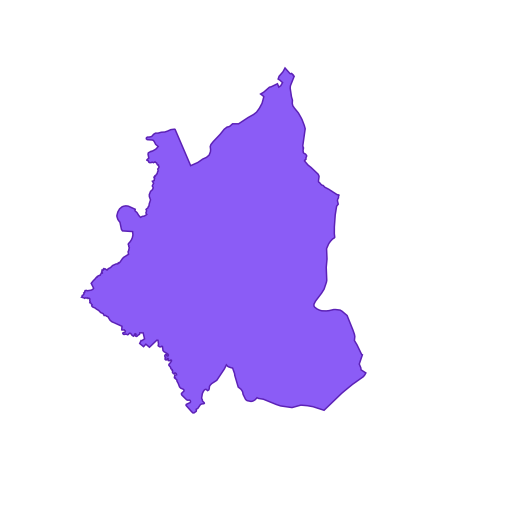 Chum Saeng, Nakhon Sawan, Thailand, rotated 313°
{"feature_id": "78962969B30138061095359", "entity_name": "Chum Saeng", "entity_type": "district", "adm_level": 2, "iso_a3": "THA", "parent_name": "Thailand", "parent_adm1": "Nakhon Sawan", "projection": "orthographic", "projection_center": [100.257, 15.84], "detail": "fine", "context": "isolated", "style": "filled", "palette": "violet", "viewbox_px": 512, "rotation_deg": 313, "n_neighbors": 0, "source": "geoboundaries", "source_scale": "gbopen_adm2", "svg_char_len": 6158}
<svg xmlns="http://www.w3.org/2000/svg" viewBox="0 0 512 512"><g transform="rotate(313 256 256)"><path d="M251.6,110.9L252.1,112.3L251.5,113.7L251.7,114.5L252.7,115.6L253.8,116.0L254.3,117.4L256.0,117.9L255.8,118.4L256.3,119.8L255.5,121.4L255.5,122.1L256.0,122.5L255.4,123.3L255.1,124.3L254.1,124.7L252.6,124.8L251.5,126.4L250.2,126.7L248.8,127.6L248.1,127.4L247.6,127.7L245.9,127.4L245.7,127.8L245.3,127.5L244.5,127.9L244.0,127.6L243.7,128.2L243.8,128.8L243.1,129.0L241.8,130.1L240.0,129.2L239.4,131.5L236.6,132.3L236.3,132.7L236.1,133.8L235.6,134.4L234.0,135.0L231.3,134.8L228.1,136.1L226.7,137.5L225.1,140.6L221.4,142.3L219.6,143.6L218.9,143.5L217.5,144.1L215.1,143.8L214.4,145.2L212.4,146.1L211.9,147.8L209.0,147.1L207.4,145.8L205.5,145.2L205.7,142.6L206.6,139.3L206.5,136.9L206.8,136.4L207.8,135.8L205.7,129.5L205.2,128.3L203.8,126.5L202.2,125.3L200.7,124.5L197.4,124.1L194.0,124.9L190.8,126.6L190.0,127.4L188.7,129.7L188.2,131.3L187.9,133.5L183.7,139.4L183.3,141.2L189.7,149.1L187.5,151.6L185.0,153.1L183.0,153.8L180.8,154.2L177.9,154.3L177.2,154.8L176.8,156.0L176.0,156.6L175.7,157.7L174.2,158.4L173.5,159.0L171.9,159.5L170.3,161.6L164.7,160.1L163.0,160.1L158.9,160.7L157.4,160.6L157.2,159.9L156.0,160.3L154.8,159.1L151.2,157.6L148.3,157.5L146.0,156.6L144.3,156.7L144.0,156.4L143.7,154.4L143.2,154.2L143.1,153.3L142.6,153.2L141.5,153.8L140.8,152.9L140.5,153.0L140.0,153.8L138.9,154.0L139.0,155.0L138.7,155.3L137.9,154.7L136.5,154.8L135.8,155.2L134.2,154.3L132.9,153.9L132.3,154.2L131.9,153.8L128.3,154.0L127.6,153.8L123.6,154.1L121.7,159.2L120.8,159.4L118.8,158.9L115.5,156.3L115.2,155.4L114.2,154.6L113.4,154.8L113.0,155.4L111.5,155.2L111.2,155.9L110.8,156.1L109.7,156.2L108.6,155.8L108.2,156.4L106.9,156.5L108.1,159.0L108.1,159.5L109.1,159.8L109.5,160.6L110.4,161.2L110.3,162.2L111.1,162.4L111.4,163.2L111.2,163.9L109.7,165.1L109.5,165.9L108.5,166.3L108.9,167.3L108.6,168.1L108.6,169.3L107.5,169.8L107.3,171.2L108.3,174.1L108.3,175.2L108.9,178.2L108.7,180.9L109.6,183.5L108.9,185.5L110.0,186.6L110.0,187.7L110.6,189.1L109.5,193.0L109.6,195.4L113.2,205.9L110.4,208.2L111.2,209.3L112.1,209.9L112.0,211.7L110.7,212.2L109.5,211.2L108.9,211.1L108.5,211.4L108.3,212.5L108.8,213.2L110.2,214.2L110.9,215.9L111.7,216.2L112.7,216.0L113.6,216.4L113.9,217.3L113.5,218.9L113.7,221.0L114.6,221.1L116.3,220.5L117.0,220.9L117.0,221.7L115.3,222.3L115.5,223.3L116.1,223.7L117.8,223.8L119.3,224.2L120.6,223.4L122.8,225.9L119.4,231.0L116.1,230.2L115.8,229.6L112.7,230.6L113.0,235.6L116.4,235.6L116.6,240.3L126.9,240.9L127.5,241.8L125.1,244.8L124.0,245.3L123.6,245.8L123.9,247.6L124.6,248.3L125.8,248.7L126.0,249.3L123.4,252.5L123.3,254.1L124.2,258.1L123.9,259.4L123.2,259.9L122.5,259.6L122.2,258.8L122.7,258.1L122.8,257.6L122.5,257.2L121.8,257.0L120.8,257.3L120.0,258.4L120.1,259.1L118.7,259.6L118.4,260.1L118.5,261.0L119.0,261.4L120.6,261.1L121.1,261.4L121.0,262.1L119.9,262.5L119.7,263.3L120.4,264.1L121.9,264.7L122.1,265.3L121.6,265.8L119.1,266.2L117.4,266.2L116.6,266.9L116.4,269.2L115.5,270.7L115.7,272.1L115.2,272.4L115.4,272.9L115.2,273.3L113.9,274.3L113.6,275.9L114.1,276.6L115.3,276.4L115.6,277.8L115.0,278.9L113.3,278.0L111.6,279.1L111.8,279.6L111.3,279.7L111.3,280.1L111.4,282.5L110.5,283.7L109.8,285.9L108.1,289.4L108.0,291.2L108.9,293.5L108.9,294.6L108.2,295.4L104.7,295.2L104.1,295.7L103.7,296.6L103.5,303.3L104.0,304.5L105.4,305.7L105.4,306.6L104.7,307.6L103.9,307.8L100.0,306.2L99.4,306.4L99.0,306.8L98.2,315.1L98.2,316.9L99.0,317.7L101.6,318.2L102.1,318.0L103.1,316.8L104.8,317.4L109.4,316.7L110.8,317.2L112.4,318.6L113.0,318.7L113.4,318.1L113.4,315.9L114.3,314.7L114.9,313.2L118.8,310.6L121.3,309.8L123.0,309.6L124.0,310.0L124.5,310.6L124.5,312.4L125.8,312.8L126.9,312.4L128.9,310.9L130.3,310.6L132.4,310.6L138.3,312.1L151.8,309.9L156.2,308.6L156.0,310.5L156.2,311.5L157.3,314.0L158.1,315.3L155.4,320.5L154.2,321.9L148.0,332.4L148.3,335.7L148.0,337.4L147.5,338.9L146.0,340.9L144.1,345.9L144.0,347.1L144.2,348.2L146.2,351.5L147.2,352.3L148.4,352.9L150.3,353.4L153.1,353.4L153.5,354.9L156.3,359.1L161.2,372.0L163.1,376.2L169.7,385.7L177.5,390.5L181.6,395.7L184.7,400.5L189.6,411.0L213.9,412.3L218.2,412.8L227.9,414.1L240.9,416.8L242.9,416.7L245.4,416.1L244.4,410.5L245.7,408.9L247.4,405.2L256.3,401.2L256.1,400.2L259.9,390.5L261.3,385.6L264.5,383.2L265.9,381.3L268.0,377.3L274.6,363.2L274.3,356.7L273.8,354.4L271.1,350.7L269.9,349.4L265.9,346.7L263.7,344.8L260.8,341.5L259.8,339.6L258.9,336.8L258.6,333.7L259.0,332.4L260.4,331.2L263.7,330.3L273.5,329.3L278.2,328.4L285.0,325.3L286.5,324.3L295.6,315.1L302.2,310.0L309.5,302.6L314.6,300.8L317.6,300.4L320.7,300.4L322.3,300.9L323.4,300.8L325.7,298.1L330.8,293.4L340.1,285.9L347.4,281.0L350.0,280.8L352.0,277.8L353.5,276.9L354.7,276.7L356.3,275.4L357.1,275.2L357.1,274.8L356.2,273.5L355.8,271.3L354.4,263.6L353.2,259.3L353.4,257.1L352.8,255.9L352.7,254.7L353.0,252.2L352.8,251.5L353.2,250.7L356.9,248.1L357.4,247.6L358.2,245.7L358.3,236.0L358.0,232.1L358.6,226.7L359.1,226.7L359.3,226.3L360.8,226.6L362.1,225.4L363.3,225.1L364.0,224.5L364.3,222.7L363.8,220.9L363.9,220.1L365.5,218.2L366.8,217.5L367.0,216.8L367.5,216.9L368.3,215.2L382.6,205.2L384.4,202.3L387.1,196.8L388.0,194.3L389.5,189.5L390.4,183.0L391.0,180.4L392.3,178.5L394.8,176.4L396.6,173.4L402.0,166.6L403.9,165.1L413.4,161.4L413.3,160.3L413.7,160.3L413.8,159.9L413.8,157.5L413.1,157.3L412.6,156.3L413.3,149.0L409.1,150.1L403.2,150.3L400.5,151.5L400.9,153.6L400.9,157.2L397.3,158.0L395.1,157.5L396.6,154.2L390.1,151.7L388.6,150.7L381.1,149.9L377.6,148.9L377.9,151.9L377.8,153.1L371.8,156.3L366.4,157.7L361.6,158.3L357.8,157.7L351.9,155.8L340.8,153.1L336.7,148.7L333.2,148.4L331.9,147.9L330.6,146.9L327.0,146.3L320.5,146.8L310.6,146.7L306.8,147.0L304.8,147.9L302.9,150.2L301.1,151.6L297.8,152.9L294.3,152.5L290.5,150.9L284.8,149.7L277.5,146.6L293.4,110.5L293.2,109.9L290.3,107.5L287.2,106.2L284.4,104.7L281.9,102.3L279.1,100.6L277.3,98.7L275.2,98.1L272.3,98.2L270.4,97.0L268.9,95.5L267.9,95.2L266.9,95.8L266.9,97.1L270.0,100.9L270.5,102.0L270.3,103.5L269.2,106.5L269.4,109.8L266.4,109.9L264.9,109.6L261.3,108.4L261.2,107.9L258.0,106.9L256.8,107.6L254.5,110.8L252.0,110.6L251.6,110.9Z" fill="#8b5cf6" stroke="#5b21b6" stroke-width="1.5"/></g></svg>